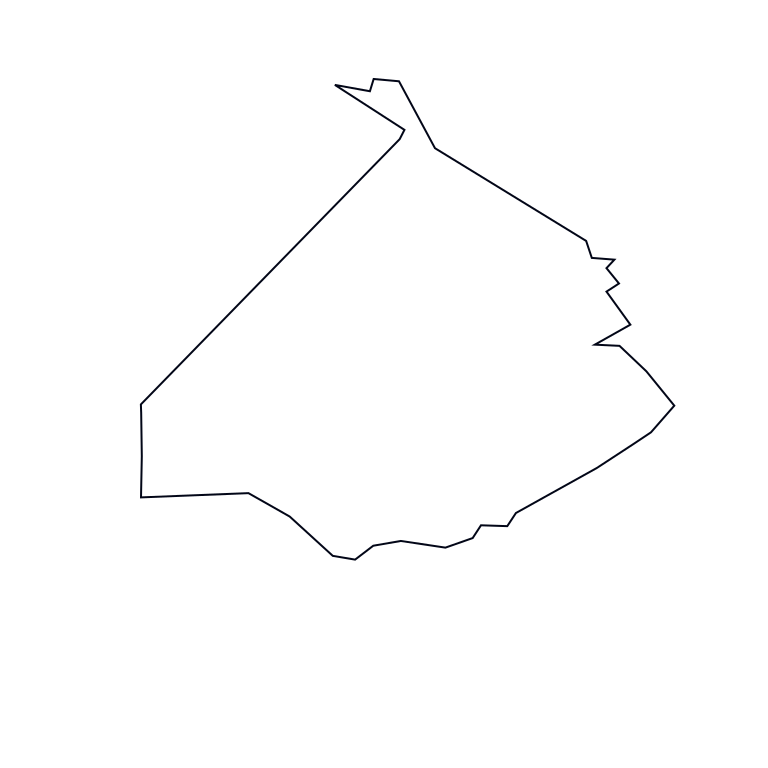 Washington, Tennessee, United States of America (Robinson projection), rotated 41°
{"feature_id": "52423323B6874180594173", "entity_name": "Washington", "entity_type": "district", "adm_level": 2, "iso_a3": "USA", "parent_name": "United States of America", "parent_adm1": "Tennessee", "projection": "robinson", "projection_center": [-82.462, 36.272], "detail": "fine", "context": "isolated", "style": "outline", "palette": "ink", "viewbox_px": 768, "rotation_deg": 41, "n_neighbors": 0, "source": "geoboundaries", "source_scale": "gbopen_adm2", "svg_char_len": 609}
<svg xmlns="http://www.w3.org/2000/svg" viewBox="0 0 768 768"><g transform="rotate(41 384 384)"><path d="M617.3,209.9L573.7,202.3L536.7,200.7L517.3,216.0L531.0,177.6L491.3,168.3L495.4,154.0L475.9,150.6L476.3,139.0L458.1,152.5L442.7,143.4L267.8,172.6L196.7,145.7L176.1,160.6L181.3,172.3L150.7,190.5L232.7,178.8L235.2,188.9L213.9,558.9L219.6,565.0L248.6,597.4L275.0,629.0L353.3,555.3L399.8,545.9L458.1,547.3L477.4,535.5L482.0,513.1L499.7,491.4L537.7,467.2L552.0,442.1L549.9,427.0L570.3,410.4L568.2,394.8L599.7,307.8L612.1,264.0L617.2,245.3L617.3,209.9Z" fill="none" stroke="#020617" stroke-width="2"/></g></svg>